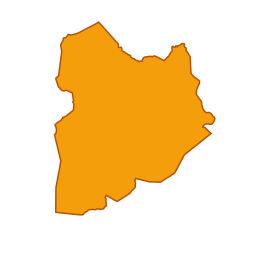 San Marcos de Colon, Choluteca, Honduras, rotated 192°
{"feature_id": "27666195B6198023019370", "entity_name": "San Marcos de Colon", "entity_type": "district", "adm_level": 2, "iso_a3": "HND", "parent_name": "Honduras", "parent_adm1": "Choluteca", "projection": "albers", "projection_center": [-86.836, 13.415], "detail": "fine", "context": "isolated", "style": "filled", "palette": "amber", "viewbox_px": 256, "rotation_deg": 192, "n_neighbors": 0, "source": "geoboundaries", "source_scale": "gbopen_adm2", "svg_char_len": 5629}
<svg xmlns="http://www.w3.org/2000/svg" viewBox="0 0 256 256"><g transform="rotate(192 128 128)"><path d="M45.5,140.0L47.2,140.7L48.8,141.8L49.4,142.1L49.9,142.5L51.7,143.6L52.1,144.0L52.4,144.2L52.9,144.4L53.7,144.5L54.0,144.5L54.4,144.3L54.7,144.3L55.0,144.5L55.1,144.8L55.0,145.1L54.8,145.6L54.5,146.3L54.1,147.0L53.8,147.2L53.5,147.5L52.6,148.1L52.0,148.3L51.2,148.5L50.3,148.6L48.7,148.7L47.7,148.9L47.1,149.1L46.7,149.4L46.3,150.1L45.7,151.2L44.9,154.1L44.9,154.4L45.0,154.9L45.3,155.8L45.6,156.1L46.1,156.5L46.8,157.0L47.5,157.3L48.7,158.6L49.2,159.0L49.5,159.2L51.3,159.9L51.9,160.0L52.4,160.0L53.1,159.8L53.8,159.4L54.1,159.3L54.5,159.3L56.0,159.9L56.4,160.1L56.7,160.3L57.6,161.3L58.1,161.7L58.4,162.0L58.7,162.5L59.2,163.5L60.4,165.4L60.7,166.0L61.3,168.3L61.5,168.8L61.7,169.1L62.3,169.8L63.0,170.4L65.3,172.2L65.8,172.7L66.3,173.3L67.6,174.6L67.9,174.9L68.0,175.1L68.1,175.5L68.5,176.8L68.7,178.0L68.8,178.6L68.6,180.8L68.6,181.6L67.5,186.1L67.5,187.7L67.6,188.1L67.7,188.4L67.9,188.7L68.1,188.9L68.5,189.2L70.3,190.1L71.5,190.7L73.3,191.4L74.7,192.1L75.7,193.0L77.7,194.4L82.1,210.8L82.7,211.3L83.2,211.9L83.7,212.5L84.6,213.3L85.7,214.5L87.4,216.1L87.5,216.3L87.5,216.6L87.6,217.1L87.6,217.7L87.6,218.0L88.0,218.4L89.0,218.8L89.5,219.2L89.8,219.6L90.0,219.9L90.1,221.0L90.4,221.8L90.4,222.0L91.1,221.9L91.5,222.1L91.8,222.1L92.2,222.0L92.8,221.7L93.1,221.5L93.3,221.3L93.9,220.4L94.3,219.9L94.7,219.7L95.5,219.3L96.1,218.9L96.4,218.4L96.5,218.2L96.5,217.9L96.7,217.7L96.8,217.6L97.6,218.3L97.9,218.4L98.0,218.4L98.4,218.0L98.5,217.7L98.6,217.0L98.7,216.9L99.1,216.9L99.6,216.7L99.9,216.7L100.1,216.8L100.3,217.0L101.1,217.3L101.4,217.2L101.7,216.9L101.9,216.5L101.9,216.2L101.6,215.8L101.4,215.6L101.4,215.4L101.5,214.9L101.5,214.6L101.3,214.1L101.0,213.6L100.8,213.4L100.8,213.1L100.8,212.7L101.0,212.4L101.2,212.1L101.4,211.6L101.9,210.7L102.2,209.2L102.4,209.1L102.5,209.1L102.7,208.7L102.9,207.8L103.0,206.8L103.2,206.4L103.4,206.1L103.7,205.9L104.0,205.7L104.8,204.5L105.0,203.9L105.8,202.7L106.2,202.2L106.4,201.5L106.6,201.3L106.8,201.3L107.5,201.6L107.9,201.6L108.8,202.2L110.6,202.3L111.0,202.5L111.3,202.8L111.5,202.9L112.0,203.0L112.6,202.9L112.9,202.9L114.7,203.7L115.8,203.9L116.5,203.9L117.1,203.9L117.5,203.9L117.8,203.8L118.0,203.7L118.7,203.0L118.9,202.8L119.2,202.8L119.7,202.8L120.0,202.9L120.6,202.8L120.9,202.6L121.2,202.5L121.7,202.5L122.2,202.5L122.4,202.4L122.7,202.3L123.1,202.0L124.3,201.5L124.7,201.4L125.7,201.1L126.9,200.6L127.1,200.4L127.8,199.1L127.9,198.9L128.1,197.5L127.7,196.8L127.8,196.5L128.1,196.3L128.9,196.1L129.8,196.0L130.4,195.9L130.6,195.7L130.9,195.4L131.1,195.3L131.5,195.4L132.3,195.8L132.7,196.0L133.3,196.0L133.5,195.9L133.9,195.9L134.6,196.0L135.4,196.4L135.7,196.7L136.0,196.9L136.5,196.9L136.9,196.9L138.1,197.2L138.6,197.3L139.7,197.7L140.0,198.0L140.6,199.1L140.7,199.3L140.8,199.4L141.5,199.6L142.6,199.7L143.3,199.8L143.8,200.1L144.6,200.4L145.2,200.7L145.8,200.8L146.7,201.4L147.3,201.6L148.1,201.8L149.2,202.1L150.0,202.5L150.2,202.9L150.8,204.9L150.9,205.1L151.4,205.5L151.5,205.6L152.5,205.2L153.0,205.0L153.9,205.1L154.0,205.1L154.3,205.5L154.6,206.1L154.7,206.7L154.8,207.2L155.0,208.1L178.7,225.5L181.6,222.8L196.8,210.3L203.1,206.9L206.0,207.2L207.0,204.3L207.8,203.3L209.8,202.6L209.9,199.8L211.1,195.2L208.7,189.1L206.8,165.4L206.5,164.8L206.9,164.1L207.2,163.7L208.2,162.9L208.5,162.5L208.6,162.3L208.7,161.5L208.9,161.1L204.5,153.7L204.2,153.5L203.1,153.1L203.0,152.8L202.9,152.5L202.8,152.4L202.6,152.2L202.2,152.2L200.8,151.2L200.5,151.1L199.2,150.9L198.3,150.9L198.0,151.0L197.7,151.2L197.1,151.8L196.5,152.0L196.2,152.0L195.8,152.0L195.3,151.9L194.9,151.9L194.5,151.8L193.9,151.6L193.3,151.4L192.8,151.3L191.0,151.0L190.0,151.0L189.1,149.0L187.4,144.3L186.9,143.5L186.9,143.4L187.1,143.1L187.4,142.5L187.4,142.2L187.3,141.9L187.0,141.4L186.0,140.3L185.8,140.1L185.8,139.9L185.7,139.5L185.8,139.1L185.6,138.4L185.3,137.6L185.3,137.3L185.5,136.8L185.5,136.5L185.2,135.4L185.2,134.6L185.6,133.3L185.9,133.0L187.1,131.9L187.4,131.4L187.8,130.6L188.0,130.2L188.6,129.8L189.1,129.3L189.7,128.5L190.2,127.7L190.4,127.4L191.5,126.4L192.1,125.9L192.4,125.5L192.7,125.5L193.3,125.2L194.0,124.7L194.0,124.3L193.8,124.1L194.4,123.3L194.6,123.0L195.2,121.6L195.8,120.9L196.8,120.0L197.6,119.2L199.9,116.3L200.0,116.2L200.0,115.9L199.9,115.5L199.6,115.0L198.8,114.1L198.3,113.3L198.0,112.4L197.6,111.2L197.4,110.4L197.3,108.5L197.4,108.3L197.8,107.5L198.5,106.1L186.9,81.9L186.5,72.4L186.1,54.7L181.5,32.2L181.1,30.5L159.3,32.8L154.3,33.6L154.0,33.9L153.6,34.7L153.0,35.6L152.7,35.9L152.5,36.2L150.9,37.9L150.2,38.6L149.6,39.3L149.2,39.8L149.1,40.0L148.8,40.1L148.4,40.3L148.2,40.4L147.8,40.4L147.3,40.4L146.9,40.7L146.5,40.8L143.3,41.2L143.1,41.3L142.1,42.0L140.9,42.5L140.4,42.6L139.7,42.6L139.3,42.7L138.7,42.7L138.3,42.7L137.5,43.0L135.8,43.6L135.1,43.8L134.9,44.1L134.8,44.6L134.4,45.9L134.2,46.2L134.0,46.5L133.2,47.1L133.1,47.4L133.1,47.8L133.1,48.1L133.2,48.3L133.6,49.0L133.6,49.4L133.6,49.7L134.0,50.7L134.2,51.1L134.3,51.7L134.4,52.1L134.7,52.4L134.7,52.6L134.6,52.9L134.6,53.0L134.7,53.4L134.9,53.9L134.8,54.2L135.1,54.6L135.4,54.8L135.6,55.0L135.8,55.4L135.8,55.7L135.8,55.9L135.7,56.1L135.4,56.7L135.4,57.7L123.4,53.8L112.7,64.3L112.7,64.5L112.4,65.4L112.3,65.5L112.0,65.7L111.9,65.8L111.8,66.1L111.8,66.5L111.6,66.7L111.4,67.3L110.4,68.6L108.9,70.7L108.8,71.1L108.7,72.3L109.1,74.0L109.0,74.7L109.0,75.0L109.1,75.3L109.4,76.3L109.6,76.6L110.4,77.5L110.6,77.8L110.5,78.1L110.2,78.5L110.0,78.8L110.0,79.0L110.1,79.9L109.9,80.2L95.8,79.8L84.9,81.8L73.0,93.6L67.3,113.5L45.5,140.0Z" fill="#f59e0b" stroke="#b45309" stroke-width="1.5"/></g></svg>